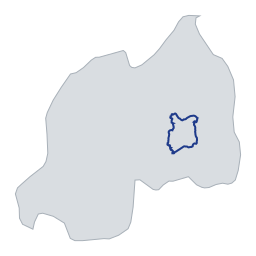 Rwamagana, Eastern, Rwanda shown in context
{"feature_id": "39286606B51470133526692", "entity_name": "Rwamagana", "entity_type": "district", "adm_level": 2, "iso_a3": "RWA", "parent_name": "Rwanda", "parent_adm1": "Eastern", "projection": "natural_earth1", "projection_center": [30.347, -1.979], "detail": "fine", "context": "in_parent", "style": "outline", "palette": "blue", "viewbox_px": 256, "rotation_deg": 0, "n_neighbors": 0, "source": "geoboundaries", "source_scale": "gbopen_adm2", "svg_char_len": 5683}
<svg xmlns="http://www.w3.org/2000/svg" viewBox="0 0 256 256"><path d="M95.6,57.3L99.3,57.2L123.3,50.5L125.7,52.6L129.6,65.5L131.7,67.4L135.0,67.9L141.8,64.9L154.1,54.8L159.5,48.7L165.9,40.0L174.0,30.3L178.6,21.8L183.0,16.8L188.8,15.4L195.2,15.7L199.7,15.9L196.0,17.9L195.3,24.1L199.5,34.1L213.3,54.6L222.1,58.4L227.8,66.4L233.5,79.9L235.1,96.7L232.8,117.0L234.2,132.1L239.3,142.0L240.6,154.8L238.2,170.5L235.3,180.0L231.8,183.1L227.9,184.2L222.6,183.2L216.1,184.5L209.0,187.5L204.6,187.9L201.8,187.3L196.6,184.8L188.4,176.7L173.0,181.2L168.9,181.1L163.3,184.9L158.7,189.7L155.9,190.0L153.1,189.4L139.9,179.8L135.0,180.1L133.1,207.1L130.8,222.1L128.1,228.7L118.7,235.2L109.2,238.9L103.9,238.6L83.0,240.6L74.8,240.6L70.3,238.4L64.4,223.1L53.3,216.3L42.7,213.2L38.3,214.0L34.5,222.0L32.9,229.2L22.6,224.3L19.5,218.2L19.2,208.0L15.4,193.9L17.5,187.9L21.6,184.1L30.1,176.6L43.2,166.4L46.0,161.5L47.8,153.3L47.0,134.3L45.7,118.2L47.3,112.5L53.2,100.1L61.2,87.4L70.5,74.0L76.1,72.7L83.5,67.6L91.3,60.1L95.6,57.3Z" fill="#d9dde1" stroke="#a8b0b8" stroke-width="1"/><path d="M169.1,133.7L169.2,134.0L169.2,134.3L169.2,134.6L169.0,135.5L168.9,136.3L168.9,136.5L168.7,137.0L168.6,137.3L168.5,137.6L168.5,137.8L168.5,138.2L168.4,138.4L168.5,138.9L168.5,139.6L168.5,139.8L168.4,140.1L168.3,140.4L168.3,140.5L168.4,140.8L168.3,141.2L168.3,141.4L168.3,141.5L168.3,141.8L168.3,142.0L168.2,142.5L168.1,142.9L167.9,143.2L167.7,143.2L167.7,143.3L167.8,143.4L167.8,143.5L167.7,143.5L167.4,144.1L167.6,144.8L168.1,145.1L168.3,145.1L168.7,145.4L168.7,145.2L168.8,145.2L169.0,145.2L169.1,145.3L169.2,145.5L169.3,145.5L169.3,145.3L169.3,145.2L169.5,145.2L169.5,145.3L169.6,145.6L169.8,146.0L169.9,145.8L170.0,145.7L170.1,145.8L170.1,146.0L169.9,146.1L169.8,146.3L170.2,147.0L170.1,147.3L170.3,147.5L170.1,147.7L170.1,147.8L170.2,148.0L170.6,148.0L170.4,148.2L170.3,148.4L170.3,148.5L170.5,148.7L170.5,148.8L170.4,148.9L170.5,149.0L170.9,149.1L171.0,149.2L171.1,149.3L171.0,149.5L170.9,149.5L170.8,149.4L170.7,149.4L170.7,149.6L170.8,149.8L171.0,150.0L171.3,150.1L171.7,150.1L171.9,150.0L172.1,150.4L172.4,150.5L172.6,150.7L172.8,150.8L172.9,151.2L173.0,151.6L173.0,151.9L173.0,152.1L172.9,152.2L172.7,152.1L172.9,152.3L172.5,152.4L172.4,152.5L172.4,152.8L172.6,152.7L172.7,152.8L172.7,153.2L172.7,153.3L172.5,153.5L172.9,153.3L173.0,153.4L173.4,153.3L173.5,153.3L173.9,153.2L174.1,153.2L174.3,153.0L174.3,152.8L174.3,152.4L174.4,152.2L175.5,151.8L176.0,151.6L176.9,151.0L177.7,150.4L177.8,150.4L178.0,150.3L178.4,150.0L178.6,149.9L178.8,149.7L179.1,149.6L179.6,149.3L179.8,149.1L180.3,148.8L180.6,148.6L181.4,148.0L181.7,147.9L181.9,147.7L182.1,147.6L182.4,147.4L182.8,147.1L183.1,146.9L183.9,146.4L184.3,146.3L184.8,146.4L185.1,146.4L185.4,146.5L186.4,146.5L186.5,146.5L186.9,146.5L187.5,146.8L187.8,147.0L188.0,147.2L188.4,147.3L188.7,147.4L189.1,147.3L189.7,147.1L189.8,147.1L190.8,147.0L191.1,147.0L191.4,147.0L191.7,146.8L191.7,146.7L192.1,146.6L192.6,146.4L192.7,146.2L192.8,145.5L192.8,145.3L192.8,145.2L192.9,144.9L193.1,144.5L193.3,144.3L193.4,144.2L193.5,144.0L194.3,143.5L194.5,143.5L194.8,143.4L195.0,143.5L196.1,143.8L196.7,143.2L196.8,142.6L196.7,141.5L196.8,140.9L197.0,140.3L197.0,139.1L196.8,137.6L196.1,136.8L196.0,136.4L195.8,136.1L195.7,135.7L195.6,135.1L195.6,134.9L195.4,134.3L195.4,133.9L195.4,133.7L195.4,133.4L195.3,133.0L195.3,132.8L195.3,132.7L195.3,132.4L195.2,132.3L195.2,132.2L195.1,131.7L195.2,131.3L195.2,131.2L195.4,130.7L195.3,130.1L195.3,129.9L195.2,129.7L195.2,129.3L195.2,129.1L195.2,128.5L195.2,128.3L195.3,128.1L195.3,127.8L195.2,127.1L194.9,126.2L194.5,125.6L194.2,125.1L194.0,124.9L194.0,124.5L194.0,124.3L194.0,124.1L194.2,123.9L194.3,123.7L194.2,123.6L194.1,123.4L194.2,122.9L194.1,122.6L194.1,122.4L194.0,122.2L194.2,121.8L194.2,121.7L194.3,121.6L194.2,121.6L194.3,121.5L194.5,121.6L194.8,121.4L194.9,121.6L195.4,121.9L195.8,121.9L196.2,122.1L196.3,122.1L196.6,121.8L196.7,121.6L196.8,121.1L196.8,120.9L196.9,120.4L197.0,120.0L197.2,119.8L197.2,119.6L197.1,119.3L197.2,118.5L197.2,118.3L197.4,118.1L197.2,118.0L196.8,117.5L196.6,117.3L195.5,116.3L195.0,116.0L194.4,115.8L194.1,115.7L193.7,115.7L193.1,115.7L192.7,115.8L191.9,115.9L190.8,116.0L189.8,116.4L189.5,116.5L189.0,116.9L188.2,117.3L187.4,117.7L186.9,118.1L186.7,118.2L186.1,118.8L185.9,119.0L185.7,119.1L185.1,119.3L184.7,119.4L183.7,119.4L183.6,119.5L183.2,119.8L182.9,120.1L182.6,120.2L182.4,120.3L182.2,120.3L181.7,120.1L181.4,119.9L181.0,119.7L180.9,119.6L180.7,119.5L179.9,118.6L179.4,118.4L179.1,118.3L178.8,118.2L178.5,118.0L178.2,117.5L177.6,116.7L177.4,116.4L177.5,116.4L176.6,115.0L176.2,114.2L175.6,113.7L175.4,113.6L175.2,113.5L174.8,113.6L174.4,113.8L173.6,114.4L173.4,114.5L173.2,114.5L172.9,114.5L172.8,114.4L172.4,114.2L172.2,114.1L171.9,114.2L171.7,114.4L171.5,115.3L171.5,115.6L171.4,115.8L171.2,115.9L171.1,116.0L170.9,116.2L170.5,116.4L170.6,117.2L170.6,117.3L170.6,117.6L170.4,117.8L170.5,117.9L170.8,117.8L171.1,118.1L171.3,118.1L171.5,118.3L171.9,118.4L172.1,118.5L172.3,118.7L172.3,118.8L172.3,119.0L171.9,119.3L171.9,119.5L171.9,119.8L171.9,120.0L171.7,120.2L171.6,120.5L171.6,121.0L171.6,122.2L171.6,122.6L171.8,122.7L171.9,122.8L172.4,122.9L172.5,122.9L172.8,123.1L173.0,123.2L173.0,123.3L173.3,123.4L173.1,123.5L173.1,123.8L173.1,124.0L173.0,124.5L173.3,125.2L173.3,125.7L173.4,126.0L173.5,126.1L173.5,126.3L173.5,126.5L173.7,126.8L173.7,127.8L173.7,128.0L173.2,128.5L173.0,129.2L172.6,129.6L172.4,130.3L171.3,130.0L171.2,130.0L170.8,130.2L170.7,130.2L170.1,130.4L169.9,130.4L169.5,130.8L169.2,131.0L168.9,131.3L168.8,131.8L168.7,131.9L168.7,132.2L168.7,132.5L168.8,132.6L168.8,133.1L168.9,133.3L169.0,133.6L169.1,133.7Z" fill="none" stroke="#1e3a8a" stroke-width="2"/></svg>